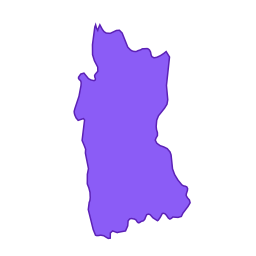 outline of Võru, rotated 262°
{"feature_id": "EST-2351", "entity_name": "Võru", "entity_type": "County", "adm_level": 1, "iso_a3": "EST", "parent_name": "Estonia", "parent_adm1": "", "projection": "robinson", "projection_center": [26.896, 57.737], "detail": "fine", "context": "isolated", "style": "filled", "palette": "violet", "viewbox_px": 256, "rotation_deg": 262, "n_neighbors": 0, "source": "natural_earth", "source_scale": "10m", "svg_char_len": 1985}
<svg xmlns="http://www.w3.org/2000/svg" viewBox="0 0 256 256"><g transform="rotate(262 128 128)"><path d="M45.3,179.1L42.0,176.5L36.0,170.5L33.0,168.5L33.0,168.4L32.5,165.1L33.6,160.0L32.9,159.0L32.2,157.6L32.0,156.7L33.1,155.5L36.4,153.8L37.9,152.7L38.6,151.3L38.6,150.1L34.7,147.2L32.5,145.1L32.1,144.3L35.6,140.2L39.1,137.9L39.9,136.3L39.6,134.5L37.5,133.1L35.3,131.9L34.0,130.4L33.6,128.0L32.7,126.2L32.7,125.0L33.9,124.0L35.7,123.2L36.9,121.8L37.9,118.7L37.7,117.0L36.1,115.2L31.1,114.1L26.4,111.2L26.1,103.9L25.9,102.8L28.2,98.4L26.5,95.9L21.4,95.1L21.4,93.1L22.7,91.4L24.7,89.0L25.7,86.0L25.6,83.9L25.8,82.0L26.4,80.9L32.4,79.4L52.8,77.3L59.7,79.2L61.5,80.2L64.3,80.9L69.6,81.4L74.1,80.9L78.3,79.9L87.8,81.3L93.3,83.2L109.1,82.3L112.9,83.1L117.2,82.1L122.1,80.8L142.0,86.1L143.5,85.2L142.5,79.7L145.2,78.0L148.4,77.1L150.3,76.9L152.0,77.0L154.8,78.2L166.3,83.9L176.4,87.3L179.1,87.9L180.9,87.8L181.9,87.3L182.7,86.5L184.0,85.9L185.2,86.1L188.0,88.7L188.5,92.0L182.4,95.7L180.7,98.0L179.6,101.0L180.2,102.3L181.5,102.6L183.0,102.2L184.5,102.2L185.6,102.9L188.4,106.0L192.5,106.5L199.3,104.1L205.5,103.1L215.4,104.4L232.7,109.2L234.4,110.2L234.6,110.3L231.2,110.7L228.9,111.6L230.3,112.2L234.1,114.5L229.2,116.3L226.7,117.7L225.0,119.7L224.2,123.6L226.2,130.1L226.0,133.1L222.9,135.4L208.1,139.0L205.2,141.1L204.0,142.4L203.1,144.2L202.6,146.5L202.8,147.6L203.2,148.6L203.7,151.6L204.1,152.4L204.4,153.2L204.0,158.0L203.5,159.0L202.3,160.1L200.1,160.9L197.6,161.0L195.4,161.5L193.9,163.5L194.0,166.4L195.2,170.3L196.9,173.9L198.4,176.4L192.5,179.0L164.8,172.0L150.4,171.3L146.1,169.9L142.5,166.9L135.9,159.9L131.7,157.5L125.5,156.1L122.4,156.0L119.2,156.5L116.4,156.1L114.4,154.5L112.2,153.3L108.9,154.4L106.1,157.3L104.3,160.8L102.1,164.0L98.4,166.3L95.3,166.9L81.3,166.4L75.3,167.7L69.5,170.2L64.2,173.4L63.0,174.9L62.4,176.6L61.5,178.0L59.7,178.6L58.0,178.2L54.7,176.6L53.0,176.2L50.5,177.2L48.1,178.8L45.3,179.1Z" fill="#8b5cf6" stroke="#5b21b6" stroke-width="1.5"/></g></svg>